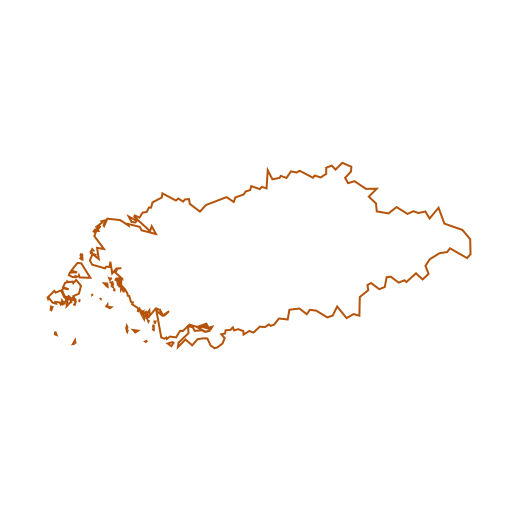 map outline of Krasnoyarsk (orthographic projection), rotated 258°
{"feature_id": "RUS-2603", "entity_name": "Krasnoyarsk", "entity_type": "Territory", "adm_level": 1, "iso_a3": "RUS", "parent_name": "Russia", "parent_adm1": "", "projection": "orthographic", "projection_center": [95.961, 66.535], "detail": "fine", "context": "isolated", "style": "outline", "palette": "amber", "viewbox_px": 512, "rotation_deg": 258, "n_neighbors": 0, "source": "natural_earth", "source_scale": "10m", "svg_char_len": 6059}
<svg xmlns="http://www.w3.org/2000/svg" viewBox="0 0 512 512"><g transform="rotate(258 256 256)"><path d="M183.1,160.7L187.3,162.2L194.5,173.9L201.4,175.0L199.5,179.3L195.5,180.5L194.6,187.7L192.3,190.4L192.4,195.8L192.7,190.4L197.5,185.0L197.9,188.6L193.7,196.4L195.9,198.5L195.7,194.7L200.1,193.4L198.9,183.6L202.7,176.7L197.8,168.8L198.5,166.2L193.0,160.9L195.1,155.0L193.4,151.6L194.9,151.3L194.1,149.4L196.0,146.4L223.2,147.2L217.1,152.0L216.9,154.2L220.1,159.5L217.2,152.6L223.0,151.0L225.6,147.3L219.7,139.6L225.0,140.4L222.5,137.7L223.6,137.2L219.8,135.5L221.5,133.1L224.3,136.6L223.8,135.1L226.7,132.0L226.0,131.3L228.4,131.1L225.8,128.7L229.1,130.1L234.6,124.8L236.2,125.9L237.3,124.1L243.2,123.7L243.8,122.3L246.2,122.4L250.5,121.0L252.7,119.7L248.0,119.2L252.2,118.1L251.1,117.0L261.6,119.5L260.9,120.9L269.0,115.0L272.5,117.9L272.1,121.8L272.8,117.0L268.9,111.7L280.7,112.4L275.8,110.4L276.7,107.2L275.3,105.8L281.6,93.9L286.3,92.6L291.9,96.6L285.7,101.6L297.0,102.2L294.5,108.7L309.1,102.0L313.9,105.1L313.2,107.2L316.2,106.5L315.8,108.0L317.4,109.0L316.8,110.6L318.2,106.9L320.7,112.4L322.1,112.0L322.3,116.7L322.0,115.0L320.0,115.2L320.1,114.7L317.6,113.3L316.8,113.6L323.4,118.3L319.4,130.6L312.3,137.6L314.0,137.4L308.6,148.4L304.9,149.4L298.3,162.7L306.8,160.2L302.3,157.5L319.8,145.1L320.8,145.9L317.8,150.0L322.0,154.1L321.8,158.2L325.7,161.4L325.1,163.4L330.0,165.9L332.8,176.0L336.7,177.5L326.9,189.2L328.4,191.9L324.4,196.0L326.1,198.3L325.6,202.3L320.7,202.1L311.1,210.4L316.3,217.7L319.7,239.5L313.5,245.4L317.6,248.0L318.7,256.7L321.2,259.1L321.7,264.0L325.3,265.9L320.6,273.7L322.4,276.0L320.0,280.4L337.5,285.3L327.6,288.0L327.5,295.3L329.2,296.9L326.0,302.0L331.5,307.8L329.2,313.2L330.3,316.4L320.7,328.0L322.5,330.2L319.4,335.6L321.7,341.7L327.8,343.1L328.7,348.9L324.0,351.8L329.2,359.8L323.5,367.8L318.9,366.5L313.9,359.4L308.1,361.2L308.7,367.9L298.8,377.5L296.7,388.1L290.6,378.7L282.5,384.3L274.5,383.4L270.1,394.5L274.6,403.6L265.7,413.0L267.1,419.3L264.3,423.7L264.3,430.9L256.6,433.6L265.2,444.6L248.5,447.0L238.6,463.3L227.9,469.0L213.1,466.2L210.1,462.0L223.2,447.3L220.1,443.9L220.6,436.2L216.7,425.3L211.1,419.7L202.6,421.1L198.4,414.1L205.8,408.9L199.3,397.7L201.4,396.1L200.3,390.1L207.8,383.4L208.1,379.4L198.9,375.5L197.9,369.7L205.6,363.0L204.5,359.0L199.2,358.7L194.3,349.0L176.1,344.7L178.9,339.4L176.4,331.7L189.7,324.9L181.8,318.6L181.1,313.0L190.1,303.5L192.1,297.5L188.5,293.5L195.6,287.6L196.5,277.5L187.3,273.8L190.1,265.4L185.2,259.7L184.6,255.9L186.4,254.4L184.6,250.1L186.1,245.0L181.6,237.7L184.0,233.9L181.7,227.5L185.2,228.0L188.1,223.4L187.8,219.1L191.0,218.5L189.0,215.6L189.6,210.8L186.6,209.6L186.6,205.8L182.2,208.3L177.3,205.0L174.5,198.8L174.5,196.2L177.8,193.0L185.4,191.3L186.4,187.6L186.8,181.7L181.9,175.0L189.0,169.7L183.1,160.7ZM270.0,75.1L263.3,78.6L256.0,75.0L254.7,69.1L253.1,69.3L253.6,67.3L251.8,69.6L250.9,67.9L255.8,64.3L254.7,63.1L256.6,60.3L263.2,59.2L264.5,60.9L262.3,65.9L265.7,60.8L269.6,63.9L269.1,71.3L267.4,71.6L270.0,75.1ZM258.7,43.5L263.8,51.5L261.9,52.3L262.7,57.1L262.1,58.4L255.5,59.9L253.5,61.7L249.4,59.0L252.4,57.2L248.0,57.0L251.0,56.0L249.3,54.9L251.4,54.2L252.8,50.3L251.0,50.5L252.5,47.5L258.2,44.5L257.2,43.7L258.7,43.5ZM286.3,79.9L285.1,83.6L269.1,89.4L271.7,79.1L273.9,78.8L272.9,78.2L272.9,75.7L273.3,74.9L274.8,75.6L273.0,74.5L273.4,72.5L276.1,69.0L278.5,70.5L277.2,77.6L280.1,72.3L286.3,79.9ZM246.3,60.4L253.6,63.1L251.5,65.6L248.5,66.0L249.7,65.3L246.3,60.4ZM321.1,139.7L315.2,146.6L313.9,144.9L315.1,141.4L321.1,139.7ZM189.1,156.5L188.2,157.3L185.4,154.4L188.8,151.4L189.1,156.5ZM249.2,45.1L248.3,46.4L245.5,44.5L246.0,43.9L249.2,45.1ZM221.2,43.0L223.8,44.0L220.2,44.5L221.2,43.0ZM211.2,61.5L208.7,61.3L208.8,60.3L207.8,59.7L207.9,58.5L211.2,61.5ZM261.5,115.2L260.5,117.5L256.7,115.9L257.0,114.9L261.5,115.2ZM260.9,101.7L260.0,104.8L256.7,104.5L257.3,103.8L260.9,101.7ZM209.2,120.4L207.5,125.1L206.3,122.1L209.2,120.4ZM294.1,85.0L293.6,86.3L290.3,85.8L292.9,84.5L294.1,85.0ZM237.8,99.1L239.3,100.6L237.1,100.3L237.8,99.1ZM196.3,194.3L199.4,189.3L197.7,193.4L196.3,194.3ZM225.5,131.2L224.0,132.3L224.7,133.6L222.2,132.0L225.5,131.2ZM312.6,103.5L313.7,102.3L315.3,103.9L315.2,105.1L312.6,103.5ZM290.9,83.1L289.5,85.0L288.9,84.8L290.9,83.1ZM208.5,140.5L210.1,141.7L206.9,141.1L208.5,140.5ZM236.7,101.4L236.0,103.7L235.3,102.1L235.8,101.5L236.7,101.4ZM219.8,136.4L221.2,137.5L219.0,137.8L219.8,136.4ZM217.7,136.0L219.0,137.2L217.2,136.5L217.7,136.0ZM214.5,115.1L212.9,115.4L211.0,114.1L212.5,114.1L214.5,115.1ZM295.4,96.1L296.7,97.2L295.2,98.0L295.4,96.1ZM260.0,108.8L260.3,110.1L258.9,110.2L260.0,108.8ZM205.5,139.9L206.7,140.9L205.1,140.3L205.5,139.9ZM261.9,118.6L263.9,117.4L261.7,119.1L261.9,118.6ZM263.0,114.6L262.9,115.6L261.9,116.5L261.7,116.0L262.2,113.9L263.0,114.6ZM195.4,129.8L195.8,132.0L194.8,130.4L195.4,129.8ZM219.9,134.1L217.6,133.4L219.3,132.8L219.9,134.1ZM216.1,136.8L214.7,137.2L215.3,138.2L214.1,137.1L216.1,136.8ZM213.1,143.1L212.9,144.1L210.9,143.0L213.1,143.1ZM255.0,115.9L255.2,116.3L253.7,115.9L255.0,115.9ZM220.4,150.2L221.4,150.8L219.8,150.8L220.4,150.2ZM293.7,95.0L293.2,96.2L292.6,96.2L293.0,95.0L293.7,95.0ZM256.3,108.7L257.0,109.5L255.3,109.6L256.3,108.7ZM269.6,65.7L270.5,66.1L269.5,67.1L269.6,65.7ZM247.9,69.7L249.8,69.6L249.1,70.3L247.9,69.7ZM264.1,108.7L264.6,110.3L263.6,109.0L264.1,108.7ZM208.8,114.1L210.7,115.5L208.5,114.2L208.8,114.1ZM257.3,108.9L258.7,109.1L257.6,109.7L257.3,108.9ZM251.1,69.8L250.6,70.3L250.1,69.8L250.6,69.5L251.1,69.8ZM253.0,87.9L252.1,87.9L252.0,87.7L253.0,87.9ZM255.0,61.3L254.5,61.9L253.9,62.0L254.1,61.5L255.0,61.3ZM318.4,105.3L317.4,105.6L318.4,105.3ZM248.8,73.7L250.2,74.7L248.7,73.8L248.8,73.7ZM264.7,107.8L264.1,108.6L263.1,108.1L264.7,107.8ZM246.6,95.0L247.0,95.5L246.3,95.2L246.6,95.0ZM260.6,114.2L261.7,114.0L261.9,114.2L260.6,114.2ZM252.3,110.0L253.7,110.7L252.0,110.4L252.3,110.0ZM246.3,67.9L247.3,69.2L245.5,67.4L246.3,67.9ZM256.1,115.8L256.4,116.6L255.8,116.4L256.1,115.8ZM290.9,98.5L290.9,97.7L291.3,97.9L290.9,98.5Z" fill="none" stroke="#b45309" stroke-width="2"/></g></svg>